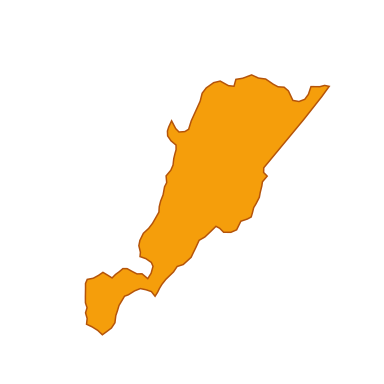 Monte Horebe, Paraíba, Brazil (orthographic projection), rotated 130°
{"feature_id": "56859067B9336888830102", "entity_name": "Monte Horebe", "entity_type": "district", "adm_level": 2, "iso_a3": "BRA", "parent_name": "Brazil", "parent_adm1": "Paraíba", "projection": "orthographic", "projection_center": [-38.512, -7.21], "detail": "fine", "context": "isolated", "style": "filled", "palette": "amber", "viewbox_px": 384, "rotation_deg": 130, "n_neighbors": 0, "source": "geoboundaries", "source_scale": "gbopen_adm2", "svg_char_len": 1743}
<svg xmlns="http://www.w3.org/2000/svg" viewBox="0 0 384 384"><g transform="rotate(130 192 192)"><path d="M58.1,208.2L62.0,214.3L64.0,221.6L72.3,226.3L77.5,230.8L84.0,227.8L87.1,232.4L88.9,241.7L94.3,245.7L103.1,248.0L109.8,247.7L117.2,244.1L138.0,238.3L146.1,234.9L150.3,236.3L154.4,240.5L153.9,245.3L150.6,253.4L157.2,251.6L161.1,250.0L164.7,246.7L166.3,241.0L166.3,234.4L169.8,231.4L174.0,229.5L178.2,227.4L183.6,223.8L189.0,222.2L196.3,222.2L201.1,217.4L205.6,216.4L212.8,212.3L219.1,210.2L224.2,207.7L228.7,204.4L234.1,203.4L241.3,202.1L247.7,201.8L254.9,202.7L262.6,200.8L267.3,198.2L271.3,192.8L274.9,190.3L272.7,184.5L272.1,177.9L274.0,174.1L280.5,171.1L286.8,170.2L286.8,177.7L290.1,181.5L291.3,186.7L292.4,192.4L295.1,195.7L299.9,196.5L304.3,197.6L309.2,198.0L309.9,203.0L310.8,208.6L315.9,210.0L321.5,212.2L326.3,216.1L330.5,214.8L334.4,211.5L340.7,206.4L345.4,202.4L348.1,198.0L353.0,195.9L356.3,191.0L361.1,187.8L359.5,181.7L358.6,175.2L359.0,168.9L353.3,167.5L348.0,166.3L341.7,167.0L335.7,170.9L331.1,172.7L325.8,175.0L320.8,175.8L315.2,176.7L311.7,174.7L304.6,172.4L299.2,169.5L296.4,164.3L294.4,159.1L295.6,153.3L291.0,153.9L286.6,155.0L282.1,155.7L275.8,155.9L265.1,154.8L258.6,155.5L253.2,152.1L248.2,151.4L242.6,150.7L238.1,151.9L232.0,153.4L224.4,155.5L218.1,153.2L210.2,152.3L202.9,151.6L202.0,147.5L202.5,141.9L197.9,136.3L192.3,133.5L183.0,135.8L177.1,132.2L173.1,130.6L169.0,132.4L164.3,134.7L159.8,135.4L152.8,137.0L148.8,139.3L142.5,142.4L138.9,144.6L131.5,144.6L131.0,149.7L127.3,152.6L64.7,153.0L35.3,153.9L22.9,154.8L25.1,158.9L29.2,161.8L34.8,168.6L42.4,165.6L48.5,165.2L53.9,168.2L57.0,173.6L52.6,183.1L52.5,188.8L56.1,193.7L57.2,198.9L58.1,208.2Z" fill="#f59e0b" stroke="#b45309" stroke-width="1.5"/></g></svg>